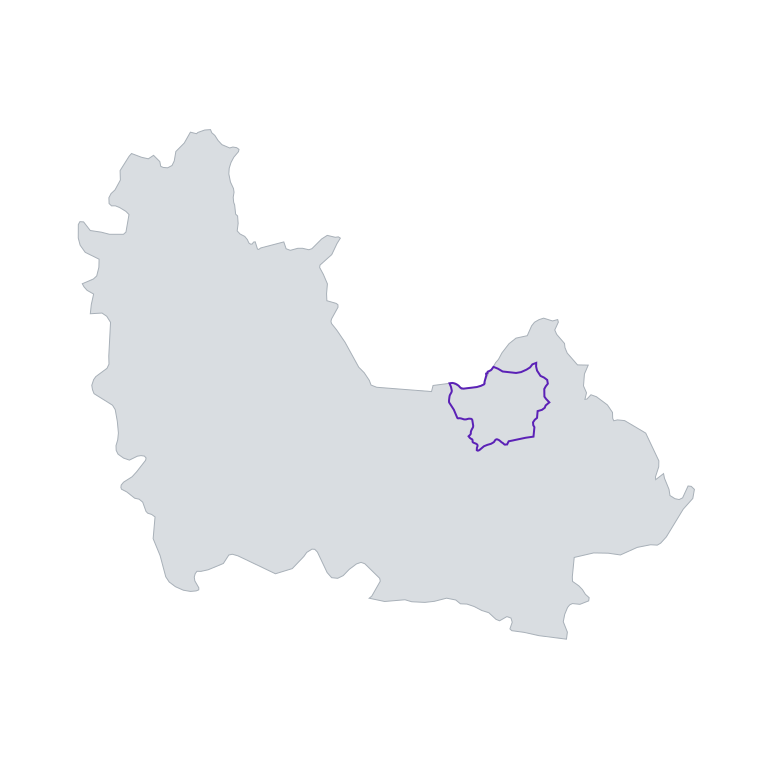 where Kindia sits in Guinea, rotated 185°
{"feature_id": "GIN-5643", "entity_name": "Kindia", "entity_type": "Prefecture", "adm_level": 1, "iso_a3": "GIN", "parent_name": "Guinea", "parent_adm1": "", "projection": "orthographic", "projection_center": [-12.581, 10.091], "detail": "fine", "context": "in_parent", "style": "outline", "palette": "violet", "viewbox_px": 768, "rotation_deg": 185, "n_neighbors": 0, "source": "natural_earth", "source_scale": "10m", "svg_char_len": 5505}
<svg xmlns="http://www.w3.org/2000/svg" viewBox="0 0 768 768"><g transform="rotate(185 384 384)"><path d="M477.2,512.1L470.6,511.2L467.6,512.5L458.8,523.0L453.5,527.1L445.3,525.9L442.3,526.6L440.2,525.5L443.1,519.7L447.3,508.4L458.1,496.9L458.3,494.5L453.9,487.8L449.1,478.8L449.1,469.0L448.2,462.0L438.6,460.1L436.8,458.9L436.5,456.5L441.9,444.3L442.3,441.9L441.6,439.7L435.7,433.5L426.4,422.1L410.6,398.5L404.7,393.5L399.0,386.4L396.8,381.8L391.0,380.1L336.0,380.6L335.0,386.8L316.0,391.0L304.3,386.2L291.4,389.0L285.0,392.1L280.2,405.9L277.4,408.9L274.6,415.1L272.1,418.5L269.2,425.3L263.0,435.0L256.5,441.2L245.5,444.6L242.0,454.8L239.5,458.6L235.2,461.6L230.7,463.5L221.6,461.5L216.6,463.3L215.7,460.8L218.6,452.7L216.3,448.5L207.7,440.1L206.9,436.0L204.2,430.8L192.9,419.9L182.2,420.6L185.2,411.5L185.1,399.5L181.5,392.9L182.5,386.2L180.5,386.7L176.9,391.3L171.2,389.8L159.6,382.6L153.9,375.6L153.2,369.7L151.9,367.4L148.3,368.6L141.1,368.5L119.0,357.9L103.5,331.4L103.1,325.4L105.5,315.1L105.0,312.4L97.7,319.1L96.4,314.6L90.9,303.9L89.4,297.8L84.1,295.1L79.9,294.6L76.6,296.6L72.2,308.9L69.0,308.8L65.6,306.1L66.4,296.9L75.0,285.4L89.4,256.3L94.5,249.6L97.7,247.3L104.4,247.1L117.5,243.3L133.6,234.3L145.9,235.0L160.4,234.0L179.4,227.8L179.6,208.2L179.0,203.8L172.3,199.9L168.4,196.5L165.1,192.1L161.0,189.0L161.2,185.8L169.6,181.6L177.2,181.7L179.8,180.1L181.7,177.3L183.9,170.3L184.7,162.8L179.7,152.8L180.0,145.7L207.7,146.8L222.8,148.8L235.2,149.4L237.2,151.0L235.5,157.9L237.1,161.9L241.3,163.0L248.2,158.2L251.9,159.3L259.7,165.3L266.9,166.9L274.8,170.2L282.2,172.0L288.7,171.7L293.7,175.1L303.0,176.1L314.9,171.9L324.3,170.0L337.4,169.5L344.3,170.9L364.4,167.4L380.1,169.3L377.7,171.6L370.5,187.3L371.4,190.1L387.5,203.3L391.3,204.3L395.7,202.4L402.5,196.3L407.9,189.6L413.2,186.4L419.3,186.5L424.2,191.2L435.7,210.8L438.6,213.3L441.4,213.2L446.3,209.5L448.8,205.2L459.3,192.1L475.6,185.5L514.6,200.1L520.3,201.2L523.7,200.1L528.4,191.2L543.0,183.6L550.0,181.4L554.0,181.1L555.5,178.7L556.2,175.1L555.3,171.4L550.7,164.8L550.6,162.8L553.1,161.5L558.7,160.5L565.9,161.1L574.1,163.9L580.7,168.0L584.6,172.9L592.1,193.6L600.5,209.8L600.5,231.6L604.1,233.8L608.1,234.7L610.0,236.4L614.1,245.3L617.9,247.9L622.4,248.5L630.9,254.1L636.3,256.3L637.1,258.0L637.0,260.4L634.9,263.5L626.9,269.6L622.9,274.8L614.8,287.3L614.6,289.6L616.4,291.3L619.8,291.5L623.4,290.6L631.0,286.0L637.0,287.5L642.8,290.9L645.0,294.5L645.6,299.2L644.4,305.2L644.3,312.0L646.4,323.5L649.5,335.0L652.6,339.2L672.0,349.1L673.9,352.9L675.0,357.2L673.6,363.1L671.7,366.3L661.3,375.5L659.7,379.8L660.6,387.8L661.8,421.6L666.1,427.3L671.1,430.1L682.7,428.4L682.5,437.7L681.1,448.3L687.9,451.4L691.3,454.6L693.3,457.6L682.6,463.3L679.6,466.6L678.2,475.4L678.7,483.5L693.1,489.1L698.8,495.8L701.3,502.8L702.4,516.2L701.1,519.2L697.4,519.3L690.0,511.3L678.8,510.6L670.5,509.2L656.6,510.4L654.3,512.9L652.8,530.6L656.2,533.5L662.9,536.8L667.2,538.1L670.9,537.7L673.6,539.8L674.3,545.6L672.5,549.9L668.9,553.9L664.4,564.2L665.5,573.6L657.8,588.6L655.6,591.6L645.2,588.7L638.4,587.8L633.5,591.7L626.7,586.0L625.4,581.4L622.9,580.5L618.4,580.5L614.2,583.2L612.4,587.9L611.6,597.5L604.0,606.6L598.8,618.0L592.6,617.0L591.3,618.4L584.7,621.4L579.0,622.3L577.5,619.3L574.2,616.9L570.5,612.1L566.3,608.3L558.3,605.7L555.2,606.9L551.4,606.6L548.9,605.1L549.2,602.8L553.4,596.8L555.7,591.4L557.0,585.5L556.9,579.8L554.6,571.9L551.0,565.6L550.1,562.0L550.5,556.8L549.6,551.9L548.4,549.4L546.6,540.3L544.5,538.6L543.3,531.3L543.6,523.7L540.5,520.9L535.6,518.9L532.7,515.9L530.9,512.7L529.1,511.7L527.6,511.9L526.3,514.0L524.7,514.4L521.8,507.4L520.6,507.1L518.6,508.8L496.2,516.8L493.3,510.2L489.0,509.0L481.6,511.7L477.2,512.1Z" fill="#d9dde1" stroke="#a8b0b8" stroke-width="1"/><path d="M318.8,390.4L316.1,391.0L314.6,390.9L313.2,390.6L311.6,390.0L309.5,388.8L308.0,387.3L306.4,386.3L304.4,386.3L291.5,389.0L287.5,390.5L284.4,392.3L283.9,393.1L283.9,393.6L284.0,394.2L284.0,395.2L282.8,401.7L282.9,401.9L283.2,402.9L283.2,403.3L283.0,403.5L282.5,403.5L282.1,403.5L281.9,403.9L281.9,405.0L281.8,405.3L281.5,405.4L278.8,407.0L278.1,407.8L276.6,410.3L276.4,410.6L271.9,409.2L266.9,406.8L253.4,406.5L248.5,407.8L243.3,410.7L239.9,413.3L237.9,416.5L234.2,418.3L234.0,414.6L232.7,410.7L228.8,405.7L225.2,404.4L221.8,402.3L220.8,398.6L222.6,395.9L223.9,393.0L223.1,385.4L221.3,383.3L217.7,380.1L221.1,376.7L221.8,374.3L224.4,372.0L228.6,370.4L228.6,363.6L230.7,361.5L232.2,358.8L231.7,355.9L230.4,354.1L230.5,344.6L238.2,342.8L247.8,339.9L251.0,338.9L254.8,337.8L256.1,334.5L257.1,334.4L258.2,334.1L259.0,334.4L260.4,335.5L261.8,336.2L262.5,336.7L263.1,337.2L264.9,338.3L266.7,338.8L267.7,338.4L268.4,337.7L269.3,335.9L270.5,334.9L272.3,333.7L275.7,332.4L279.0,330.7L283.0,326.7L284.0,326.0L284.7,325.8L285.1,325.8L285.8,326.2L285.9,328.5L285.4,330.3L285.5,331.2L286.0,331.9L287.0,332.5L287.6,332.7L289.3,333.2L290.1,333.5L290.7,334.1L290.9,335.8L291.3,336.5L292.5,337.0L293.8,337.8L295.2,339.3L293.6,341.1L293.4,341.5L293.2,342.2L293.3,343.6L293.2,344.6L292.6,346.4L291.8,348.1L291.5,349.0L291.5,350.2L292.9,355.8L293.2,356.2L293.5,356.6L294.2,356.9L295.0,356.9L295.9,356.9L296.7,356.8L299.2,355.9L300.1,355.8L301.0,355.7L301.9,355.9L304.2,356.4L305.5,356.5L306.1,356.5L307.0,356.3L307.2,356.2L307.5,356.3L307.9,356.5L308.5,357.5L312.2,364.5L317.5,371.3L317.7,372.2L317.8,373.5L317.7,376.5L317.6,377.8L317.4,378.7L316.1,381.6L315.9,382.5L315.9,383.3L316.9,386.7L318.8,390.4L318.8,390.4Z" fill="none" stroke="#5b21b6" stroke-width="2"/></g></svg>